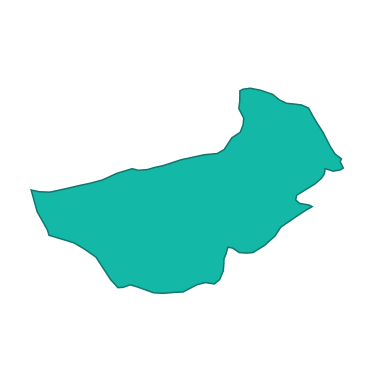 Bollnäs, Gävleborg, Sweden, rotated 57°
{"feature_id": "70781695B36702634985897", "entity_name": "Bollnäs", "entity_type": "district", "adm_level": 2, "iso_a3": "SWE", "parent_name": "Sweden", "parent_adm1": "Gävleborg", "projection": "albers", "projection_center": [16.411, 61.335], "detail": "fine", "context": "isolated", "style": "filled", "palette": "teal", "viewbox_px": 384, "rotation_deg": 57, "n_neighbors": 0, "source": "geoboundaries", "source_scale": "gbopen_adm2", "svg_char_len": 1211}
<svg xmlns="http://www.w3.org/2000/svg" viewBox="0 0 384 384"><g transform="rotate(57 192 192)"><path d="M245.6,48.6L238.2,51.3L229.3,51.3L213.4,49.6L202.4,49.6L193.2,49.2L185.1,48.5L178.7,52.7L174.1,58.1L169.1,64.4L162.0,68.7L154.2,71.1L144.2,78.9L136.7,86.6L133.5,93.4L133.3,96.9L133.5,96.9L141.6,102.3L147.6,107.3L158.3,108.4L163.6,112.7L168.2,119.1L168.2,129.1L173.9,141.9L173.5,149.8L167.4,161.5L159.1,183.3L154.0,202.3L151.1,209.8L149.0,216.9L144.6,225.2L139.9,229.4L135.4,244.9L133.1,260.6L129.1,272.9L125.6,281.9L119.9,297.6L114.8,311.1L108.5,320.1L102.7,325.8L124.2,332.6L145.1,333.9L150.4,335.5L170.2,318.8L181.0,313.4L194.4,308.0L206.7,308.0L221.1,308.0L231.9,306.2L234.4,301.9L236.2,294.3L236.6,294.0L242.3,289.2L255.6,279.1L261.4,271.2L266.0,262.5L271.0,253.9L272.4,238.4L275.2,230.2L281.3,223.3L280.5,216.5L275.1,208.6L269.0,204.0L265.4,201.5L262.2,196.9L257.8,191.9L261.4,188.3L268.5,185.4L272.8,179.7L276.0,173.9L276.3,160.7L274.1,146.4L269.8,136.5L269.3,114.4L269.3,106.2L269.7,99.2L266.7,100.9L260.0,108.1L255.0,109.3L251.7,105.9L252.2,84.3L251.0,76.0L248.8,71.0L244.9,67.7L251.5,62.1L254.3,55.5L254.3,52.1L247.1,51.1L245.6,48.6Z" fill="#14b8a6" stroke="#0f766e" stroke-width="1.5"/></g></svg>